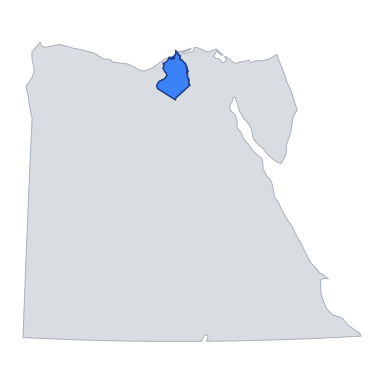 Egypt, with Al Buhayrah highlighted
{"feature_id": "EGY-1541", "entity_name": "Al Buhayrah", "entity_type": "Governorate", "adm_level": 1, "iso_a3": "EGY", "parent_name": "Egypt", "parent_adm1": "", "projection": "orthographic", "projection_center": [30.434, 30.698], "detail": "fine", "context": "in_parent", "style": "filled", "palette": "blue", "viewbox_px": 384, "rotation_deg": 0, "n_neighbors": 0, "source": "natural_earth", "source_scale": "10m", "svg_char_len": 5242}
<svg xmlns="http://www.w3.org/2000/svg" viewBox="0 0 384 384"><path d="M361.0,336.1L351.7,336.6L342.4,337.1L333.1,337.6L323.8,338.0L314.5,338.5L305.2,338.8L295.9,339.2L286.5,339.5L277.2,339.8L267.9,340.1L258.6,340.4L249.2,340.6L239.9,340.8L230.6,341.0L221.2,341.1L211.9,341.2L206.6,341.3L207.4,338.6L208.0,336.6L207.4,335.3L205.5,335.0L204.4,335.4L201.6,341.1L200.1,341.3L196.8,341.4L185.9,341.4L175.1,341.4L164.2,341.4L153.3,341.3L142.4,341.2L131.6,341.1L120.7,340.9L109.8,340.7L99.0,340.4L88.1,340.1L77.3,339.8L66.4,339.4L55.6,339.0L44.7,338.6L33.9,338.1L23.0,337.6L23.3,330.8L23.5,324.0L23.8,317.2L24.0,310.4L24.3,303.5L24.6,296.7L24.8,289.9L25.1,283.0L25.3,276.2L25.6,269.3L25.9,262.5L26.2,255.6L26.4,248.8L26.7,241.9L27.0,235.1L27.3,228.2L27.6,221.4L27.8,214.5L28.1,207.6L28.4,200.8L28.7,193.9L29.0,187.0L29.3,180.1L29.6,173.3L29.9,166.4L30.2,159.5L30.5,152.6L30.8,145.7L31.1,138.9L31.5,132.0L31.8,125.1L32.1,118.2L31.9,116.9L30.7,112.2L29.6,106.2L28.5,98.8L28.4,96.4L26.4,88.7L26.2,86.6L26.9,85.1L31.2,79.0L32.6,75.9L33.8,72.3L34.3,69.3L33.3,64.6L32.2,60.4L31.9,56.2L31.9,52.0L34.1,49.3L36.6,46.7L37.6,45.2L39.1,43.4L40.2,42.6L41.9,46.4L46.0,47.2L59.5,44.5L74.1,48.4L82.1,49.9L94.6,53.2L102.1,58.4L104.2,59.1L109.7,59.2L113.2,62.2L127.6,64.0L135.2,67.4L139.6,70.1L142.2,70.9L144.5,70.8L147.6,69.9L151.6,68.1L155.9,65.5L164.8,58.9L168.0,57.8L170.0,58.1L172.5,58.0L173.6,56.2L174.9,55.0L175.7,53.6L177.1,51.9L181.7,51.4L190.9,48.5L189.9,49.9L181.5,53.1L185.1,53.5L188.7,52.4L192.9,51.7L193.7,50.3L194.2,47.7L195.0,47.4L197.9,47.8L206.6,51.7L208.8,51.8L214.8,49.6L216.1,49.1L218.1,50.3L222.7,55.1L221.1,55.1L216.3,50.9L215.9,53.0L213.2,56.8L216.6,58.3L219.4,58.9L220.9,60.9L221.9,62.8L224.7,61.9L226.6,59.4L225.5,58.0L224.8,56.6L225.7,56.5L227.7,57.7L233.2,62.3L235.1,63.3L237.2,63.1L241.7,61.6L242.9,61.8L248.9,59.9L249.6,61.2L250.6,62.5L255.4,60.9L263.0,60.7L269.1,59.0L276.2,55.0L276.7,54.4L277.1,55.3L278.1,57.8L280.5,64.3L282.6,69.4L285.2,76.4L286.0,79.1L286.4,81.0L290.1,88.7L292.4,95.0L294.0,100.2L296.4,107.7L297.4,110.3L296.0,111.8L293.2,116.8L290.6,132.7L286.4,145.1L286.1,152.8L285.5,155.6L283.4,159.6L280.9,163.5L276.1,161.7L268.2,155.2L263.5,149.0L258.6,145.0L253.9,139.7L252.6,135.8L252.6,133.2L250.5,127.1L248.9,124.3L243.3,117.9L241.7,114.4L240.4,112.9L239.2,110.7L237.0,102.3L234.8,96.9L232.3,98.4L232.8,100.7L230.7,103.9L229.5,107.5L230.5,110.5L235.1,114.9L236.0,116.9L237.1,121.2L237.1,127.0L237.9,129.0L241.3,133.2L242.6,135.8L243.3,138.0L244.5,140.0L247.9,143.7L252.9,150.7L257.7,155.4L261.0,157.7L262.5,160.0L263.0,166.0L262.8,168.9L265.9,174.2L267.0,176.9L269.9,179.1L271.3,181.6L272.6,185.7L274.8,197.9L277.3,200.8L285.5,216.7L292.3,226.7L295.7,234.1L300.8,243.2L310.9,263.1L316.8,269.1L319.2,272.5L323.4,275.0L328.0,278.7L323.7,278.5L322.7,278.8L321.2,279.6L320.6,282.0L320.4,283.9L321.2,294.2L322.6,299.3L326.7,309.0L329.6,311.9L331.0,313.7L333.0,315.0L342.1,317.9L347.5,324.8L359.7,333.1L360.9,335.5L361.0,336.1Z" fill="#d9dde1" stroke="#a8b0b8" stroke-width="1"/><path d="M169.3,57.2L170.3,57.5L171.2,57.6L170.7,58.1L170.5,58.4L170.4,58.6L170.5,58.9L170.7,59.1L171.0,59.3L172.1,58.6L172.0,59.0L172.3,59.2L172.5,59.2L173.4,58.2L173.4,58.4L173.5,58.4L173.7,58.2L173.7,57.8L173.9,57.8L173.9,58.1L173.9,58.4L174.1,58.5L174.3,58.6L174.4,58.4L174.6,57.6L174.2,57.4L173.9,57.5L173.5,57.7L173.0,57.8L173.0,57.6L173.3,57.6L173.4,57.4L172.9,57.5L171.4,57.6L171.4,57.4L172.4,57.1L173.3,56.6L174.9,55.2L175.5,54.2L175.8,53.0L175.9,51.7L175.7,50.7L175.9,50.7L176.0,51.2L176.3,51.8L176.6,52.2L177.1,52.3L177.6,52.4L177.8,52.8L177.9,53.4L177.9,54.1L178.0,54.2L178.2,54.3L178.5,54.4L178.6,54.7L178.6,55.0L178.7,55.3L178.9,55.4L179.1,55.5L179.1,55.4L179.2,55.2L179.4,55.1L179.6,55.2L179.7,55.3L179.9,55.4L180.0,55.5L180.3,55.9L180.4,56.1L180.4,56.4L180.3,57.1L180.2,57.6L180.0,58.1L179.7,58.4L179.7,58.6L179.8,58.7L179.8,58.8L180.0,58.9L180.0,58.6L180.3,58.9L180.5,59.7L180.5,59.9L180.9,59.9L181.1,59.9L181.3,59.7L181.5,59.7L181.6,59.8L181.9,60.2L182.1,60.3L182.4,60.4L182.6,60.6L183.8,62.4L185.1,63.1L185.2,63.4L185.3,63.5L185.7,64.0L185.8,64.3L185.8,64.6L185.7,65.1L185.8,65.4L186.0,65.5L186.5,66.0L186.8,66.4L186.4,66.6L186.5,66.8L187.1,67.8L187.2,68.3L187.0,68.7L186.7,69.1L186.6,69.4L187.2,69.6L187.5,69.7L187.6,70.0L187.5,70.3L187.5,70.6L187.3,70.8L186.7,71.2L187.5,71.1L187.9,71.0L188.2,71.2L188.1,71.5L187.8,71.7L187.1,71.9L186.9,72.1L186.7,72.4L186.5,72.8L186.5,73.2L186.9,73.3L187.3,73.2L187.5,73.2L187.6,73.7L187.5,73.8L187.2,74.2L187.1,74.6L187.2,74.8L187.4,75.0L187.6,75.3L187.6,75.7L187.7,77.1L187.9,77.8L188.2,78.3L188.7,78.6L188.7,78.8L188.4,79.0L188.3,79.4L188.4,79.7L188.5,79.8L188.9,79.8L189.1,79.9L189.1,80.3L189.0,80.7L188.8,81.1L188.6,81.4L188.9,82.0L189.1,82.4L189.1,82.7L189.1,83.0L188.9,83.4L188.9,83.9L188.9,84.3L189.7,84.8L189.9,85.2L188.7,85.5L188.5,85.9L188.6,86.4L176.3,97.5L175.3,99.8L157.9,88.8L156.6,86.2L158.2,82.4L159.4,81.2L163.8,79.1L164.7,78.5L165.6,77.5L166.2,76.5L166.9,75.2L166.6,74.0L166.2,73.3L165.0,71.8L163.3,69.0L163.1,68.5L163.1,67.8L163.5,67.0L163.9,66.5L164.3,65.9L164.0,64.9L163.5,64.6L163.4,64.3L163.3,64.2L163.2,64.1L163.2,63.7L163.2,63.4L163.4,63.3L164.9,62.7L166.7,61.6L167.0,61.4L167.7,60.4L169.2,57.4L169.3,57.2Z" fill="#3b82f6" stroke="#1e3a8a" stroke-width="1.5"/></svg>